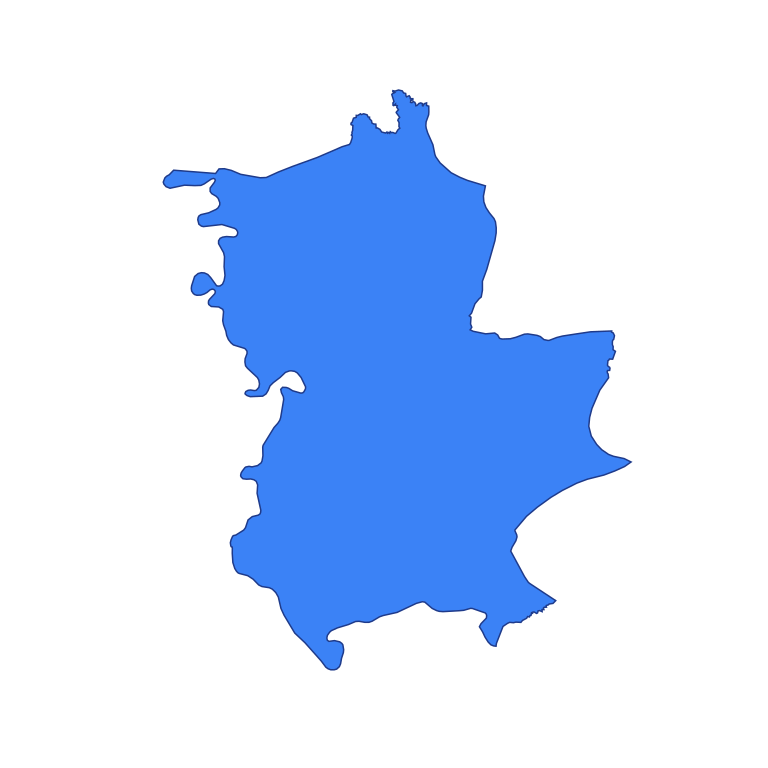 outline of Phanom Phrai, Roi Et, Thailand, rotated 192°
{"feature_id": "78962969B84484798937019", "entity_name": "Phanom Phrai", "entity_type": "district", "adm_level": 2, "iso_a3": "THA", "parent_name": "Thailand", "parent_adm1": "Roi Et", "projection": "albers", "projection_center": [104.081, 15.693], "detail": "fine", "context": "isolated", "style": "filled", "palette": "blue", "viewbox_px": 768, "rotation_deg": 192, "n_neighbors": 0, "source": "geoboundaries", "source_scale": "gbopen_adm2", "svg_char_len": 6165}
<svg xmlns="http://www.w3.org/2000/svg" viewBox="0 0 768 768"><g transform="rotate(192 384 384)"><path d="M126.1,359.1L133.6,361.0L144.5,361.0L149.7,361.8L157.4,365.0L163.4,369.1L170.4,376.1L174.9,385.2L175.9,394.1L175.5,403.4L171.6,422.9L165.6,436.8L166.9,440.5L167.7,441.1L168.3,442.6L168.2,443.6L166.1,444.2L166.2,446.3L166.7,447.2L168.4,447.9L169.3,448.8L169.8,453.4L169.0,454.2L168.7,455.3L165.5,455.8L164.4,464.1L167.1,465.2L167.6,468.2L168.8,470.0L169.4,472.9L169.4,474.3L168.6,475.4L168.6,479.2L170.4,481.6L172.2,482.1L172.3,483.2L192.8,478.0L207.3,472.6L219.4,468.0L224.7,465.4L231.5,461.0L232.7,460.7L236.8,460.7L240.9,462.9L244.4,463.4L253.7,462.9L257.1,461.9L264.7,457.1L269.9,454.5L277.9,452.5L280.5,452.7L283.0,455.6L286.3,456.9L295.0,454.2L307.8,454.1L311.0,454.9L309.9,457.8L311.8,460.6L312.8,467.4L314.8,468.4L313.1,471.5L311.7,481.4L308.7,487.1L307.0,489.3L307.2,496.2L309.1,505.0L307.3,517.5L305.3,547.2L305.7,555.1L306.7,560.1L308.7,565.8L310.8,568.7L316.6,573.4L321.0,577.8L324.2,582.9L325.8,588.4L326.0,598.9L344.7,600.5L352.9,602.0L362.3,604.6L375.1,611.9L380.6,617.0L382.0,619.2L385.9,628.2L393.5,638.7L395.9,643.0L396.8,645.5L397.3,649.2L396.3,656.6L396.7,659.5L398.0,665.1L400.3,665.3L400.8,667.8L402.9,666.6L403.7,664.1L404.3,664.3L404.8,666.3L406.5,666.6L408.1,665.7L409.5,663.4L410.7,662.8L411.3,664.6L412.5,666.0L414.2,666.3L415.2,665.0L416.6,665.0L416.8,667.0L414.8,667.8L415.1,669.1L417.6,668.6L418.2,670.2L419.3,671.2L421.7,669.6L422.4,670.4L423.2,672.7L425.4,672.8L427.0,674.5L430.9,674.6L434.1,672.8L436.3,672.8L436.2,671.8L434.1,671.3L436.2,669.6L436.6,668.8L433.0,662.4L433.7,660.8L433.1,658.5L432.3,658.3L431.0,660.2L430.8,659.0L428.9,659.0L429.1,657.4L426.9,655.2L428.4,652.8L428.5,652.0L424.1,648.1L425.1,646.1L425.3,644.8L423.6,642.8L422.9,638.9L421.7,637.5L423.1,635.8L424.5,631.9L425.2,631.4L427.7,631.9L428.8,631.4L430.3,632.1L430.5,630.4L431.6,631.1L432.6,630.0L433.5,631.1L434.6,629.8L438.7,630.0L440.9,632.2L443.6,633.1L444.9,632.8L446.0,636.5L448.2,636.2L450.1,636.8L450.9,638.9L453.4,640.6L453.6,642.0L455.1,641.9L456.5,643.8L460.0,644.1L462.3,642.8L463.2,643.4L465.5,641.2L467.0,641.0L466.6,639.0L469.1,637.7L469.6,633.5L470.5,632.3L470.2,630.9L468.2,630.4L467.4,625.6L467.7,623.5L467.2,622.3L467.7,620.7L466.6,620.0L466.3,618.0L466.8,613.2L467.6,611.1L474.3,607.4L496.4,591.7L518.4,578.0L531.4,569.4L542.1,561.5L548.0,560.0L567.8,559.3L577.8,561.2L584.9,561.4L590.1,560.1L592.5,554.9L634.2,549.4L637.6,544.0L639.9,542.0L641.2,540.0L641.9,535.6L640.9,533.8L638.2,531.7L634.0,531.0L620.5,537.0L610.4,538.7L604.4,540.2L601.4,542.4L595.7,548.4L593.6,549.6L592.1,549.3L591.4,548.3L591.8,546.1L594.8,539.6L594.1,536.2L592.1,534.4L587.1,532.7L584.8,531.1L582.3,527.2L581.9,525.0L583.0,521.7L584.5,519.9L591.1,515.0L598.3,511.6L599.9,510.0L600.4,508.3L600.3,505.9L598.3,501.8L595.5,500.5L593.4,500.4L575.7,506.3L562.6,505.2L560.6,504.4L559.1,502.8L558.5,501.6L558.5,499.5L559.6,497.5L561.6,496.5L568.7,495.5L572.4,494.1L574.6,492.4L575.6,489.7L575.0,486.9L568.2,479.1L566.5,475.4L564.8,465.5L562.1,457.1L561.9,452.0L562.7,448.1L564.7,445.9L566.5,445.3L568.2,445.3L575.7,452.1L579.1,454.5L582.7,455.3L585.8,454.9L588.8,453.4L591.6,449.8L592.6,440.2L592.4,437.6L591.5,435.0L589.4,432.9L587.8,432.1L585.5,431.9L581.6,432.9L578.5,434.7L576.2,436.7L573.7,439.9L571.8,441.1L570.2,441.1L568.9,440.4L568.1,439.0L568.3,437.1L572.3,430.5L572.9,428.8L572.6,426.6L571.9,425.3L569.1,423.9L561.7,425.0L557.2,423.5L556.0,421.4L554.9,412.4L553.3,408.6L549.6,402.7L548.0,398.8L545.4,395.1L542.2,392.4L539.4,390.9L528.2,389.9L526.9,389.5L524.8,387.6L524.3,385.4L525.1,379.9L524.6,376.6L523.2,373.0L520.8,371.0L509.2,364.0L507.3,361.8L505.8,358.2L505.7,354.7L507.6,351.3L509.4,350.6L513.2,350.4L515.6,349.6L517.6,347.9L518.0,346.0L517.6,345.2L515.5,344.2L512.2,343.8L500.1,346.9L497.3,349.8L496.0,353.6L495.1,358.5L492.5,362.4L487.0,368.8L482.8,374.9L479.3,377.1L477.6,377.6L474.0,377.8L471.1,376.8L466.4,373.1L460.1,364.9L459.8,362.9L460.7,359.8L461.6,358.5L463.4,357.8L472.0,358.4L476.4,360.0L478.8,360.3L482.5,359.7L483.9,357.3L482.6,354.3L479.8,350.6L478.9,348.0L478.1,329.8L478.4,326.9L479.7,323.5L482.5,318.6L489.5,298.9L489.5,297.0L487.5,288.6L487.3,283.3L487.8,281.3L490.7,277.9L495.9,275.5L498.9,275.4L501.9,274.1L502.7,273.2L504.4,269.6L505.2,267.4L505.3,265.6L505.1,264.3L504.2,263.2L502.3,262.0L498.7,262.3L494.6,263.4L491.3,263.3L488.7,262.2L486.6,259.0L485.4,250.7L478.2,234.8L478.0,232.6L478.3,231.1L479.7,229.6L485.3,226.9L488.7,222.8L489.6,214.7L490.9,211.9L497.6,205.4L499.8,204.4L500.4,203.6L501.2,199.8L501.3,196.8L500.2,193.8L499.5,193.0L498.7,193.0L498.2,191.8L497.2,186.7L494.7,177.9L491.6,172.5L489.3,170.1L487.5,168.9L486.2,168.6L477.5,168.2L471.5,165.9L464.8,161.4L461.3,160.5L453.8,160.9L450.6,160.1L446.5,157.5L443.1,153.7L438.1,143.0L433.7,137.1L419.5,121.8L407.5,114.5L387.8,100.0L382.0,94.9L379.5,93.8L376.7,93.4L373.3,94.1L371.0,95.3L368.9,98.2L368.3,101.3L368.5,106.8L367.9,112.8L368.2,115.7L370.0,120.3L371.3,121.5L373.7,122.6L379.1,122.7L384.4,120.8L386.2,121.6L387.1,123.7L387.1,126.4L385.6,129.9L384.2,131.8L378.8,135.8L368.8,141.3L362.4,145.8L359.1,146.7L353.1,146.9L349.1,147.8L346.3,149.5L339.9,155.4L336.6,157.4L323.7,163.3L306.7,176.2L301.2,179.0L298.7,179.1L290.2,174.5L285.4,173.3L282.8,173.1L279.0,173.6L263.2,177.9L259.0,179.2L252.6,182.6L250.8,182.8L237.3,181.1L236.1,180.1L235.4,178.7L235.2,176.3L239.3,169.7L240.2,166.4L236.0,162.0L232.6,157.5L228.4,153.2L225.2,151.1L222.3,150.6L219.9,150.8L220.1,153.7L217.2,171.6L213.5,175.5L211.5,177.0L207.8,177.4L205.5,178.5L200.5,179.3L199.4,181.5L195.8,184.5L195.2,186.4L193.3,186.4L193.1,187.8L192.1,188.2L192.1,190.9L191.0,190.6L190.9,191.9L189.7,192.2L187.1,191.3L186.2,192.0L186.1,194.1L184.7,194.7L182.0,194.2L182.5,196.2L180.7,196.6L181.5,197.9L180.9,198.9L178.7,199.5L179.3,200.6L179.2,201.1L177.2,202.2L176.8,203.1L173.1,204.5L171.0,207.8L200.3,219.3L201.8,220.2L206.5,224.8L225.3,246.9L224.8,250.9L222.4,258.1L222.1,262.1L222.8,264.0L225.4,267.6L225.5,268.6L217.1,284.2L208.4,295.4L197.2,307.8L187.5,316.9L174.8,327.1L165.2,333.2L149.9,340.7L140.2,346.9L131.5,353.3L126.1,359.1Z" fill="#3b82f6" stroke="#1e3a8a" stroke-width="1.5"/></g></svg>